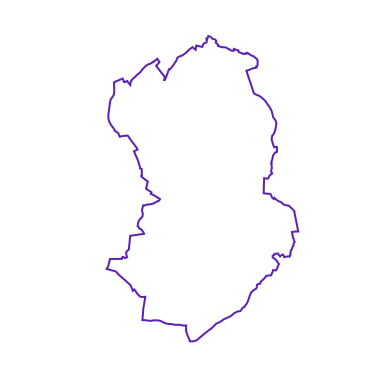 Sacueni, Bihor, Romania, rotated 250°
{"feature_id": "2599482B16582561953184", "entity_name": "Sacueni", "entity_type": "district", "adm_level": 2, "iso_a3": "ROU", "parent_name": "Romania", "parent_adm1": "Bihor", "projection": "natural_earth1", "projection_center": [22.114, 47.344], "detail": "fine", "context": "isolated", "style": "outline", "palette": "violet", "viewbox_px": 384, "rotation_deg": 250, "n_neighbors": 0, "source": "geoboundaries", "source_scale": "gbopen_adm2", "svg_char_len": 5994}
<svg xmlns="http://www.w3.org/2000/svg" viewBox="0 0 384 384"><g transform="rotate(250 192 192)"><path d="M287.0,295.4L287.9,295.2L288.1,295.2L288.1,295.5L288.3,296.2L288.6,296.8L288.9,297.0L291.5,298.1L293.5,298.6L294.5,298.6L297.2,297.0L298.9,295.9L299.7,294.7L301.5,293.3L303.2,292.1L303.5,290.1L304.0,290.5L304.1,288.4L304.0,287.6L304.2,287.2L305.4,286.3L307.3,283.9L307.7,283.7L309.0,284.1L312.1,280.3L310.4,279.5L311.5,277.2L312.2,276.5L312.9,276.5L313.7,275.3L315.2,274.1L316.2,273.4L317.9,269.6L319.7,267.2L320.3,266.3L320.6,266.3L321.4,266.6L321.5,266.8L322.3,266.5L323.6,265.8L324.3,265.4L324.5,265.4L325.4,266.4L325.9,266.4L327.2,266.0L327.7,265.6L328.0,265.1L328.7,264.0L329.0,263.7L330.8,262.8L332.0,261.9L332.7,261.0L333.0,260.6L330.4,258.6L331.1,258.0L330.5,257.8L329.6,257.6L328.5,257.4L327.9,257.1L327.7,256.7L327.5,255.9L327.6,254.4L327.5,253.8L327.1,253.1L324.8,251.3L328.1,246.2L324.4,244.0L328.0,242.0L326.3,236.7L326.0,236.6L324.5,232.9L324.3,231.9L323.9,230.1L323.7,230.0L323.6,229.7L323.6,228.3L323.7,226.8L323.3,224.5L323.2,224.1L322.5,223.8L321.0,222.4L319.6,220.6L319.2,219.8L318.1,218.6L315.4,214.3L314.8,213.1L315.3,212.5L315.2,212.3L313.1,210.6L309.4,207.4L306.5,204.7L306.8,204.1L309.2,205.7L309.5,205.8L316.6,203.4L322.9,201.5L324.1,204.1L325.3,205.9L329.1,204.9L328.6,203.7L327.3,200.1L327.7,200.0L326.8,196.8L326.9,195.0L326.7,193.3L326.0,191.0L324.3,187.6L322.2,184.4L320.7,180.0L319.6,178.0L319.2,176.4L318.6,175.2L317.5,173.1L316.4,172.1L313.7,170.6L317.3,169.3L318.4,169.2L318.3,166.8L318.6,166.7L318.6,165.7L322.3,165.7L322.0,159.2L321.8,156.3L315.0,154.0L311.4,152.6L310.5,152.0L309.7,151.4L307.0,147.6L306.1,146.7L304.0,145.5L301.2,144.0L294.3,140.4L293.0,139.8L290.1,138.6L286.0,138.3L284.4,138.6L283.2,138.7L277.1,140.5L275.7,140.4L274.8,141.2L272.6,142.8L268.5,143.1L268.5,143.5L268.5,144.6L268.2,146.5L268.0,147.4L267.2,149.8L267.1,150.9L259.8,152.8L257.4,153.6L256.6,153.8L252.6,155.1L251.3,155.3L250.5,155.3L250.1,151.4L239.9,152.0L232.6,151.6L232.0,151.2L230.7,152.6L224.9,150.6L225.0,150.1L223.8,149.7L216.9,154.0L210.8,149.9L205.6,153.8L204.4,152.6L202.0,155.1L196.3,159.5L195.2,158.2L195.1,156.4L194.9,155.5L194.5,152.8L194.4,151.3L194.4,150.5L194.9,148.0L195.6,144.9L195.7,144.3L195.5,142.9L195.8,142.2L196.2,141.6L192.2,138.9L191.2,138.6L188.9,138.4L187.2,137.8L186.3,137.3L185.6,136.7L184.8,135.1L184.3,133.8L183.5,132.6L182.4,131.6L181.2,130.7L178.4,129.2L177.3,129.9L176.9,130.1L175.5,130.1L175.3,130.2L175.1,130.5L174.8,131.3L171.1,132.5L169.6,132.6L169.1,132.6L170.7,125.1L172.0,118.9L159.7,113.1L158.2,109.8L157.7,109.5L154.3,108.6L153.9,108.7L153.4,108.9L153.1,108.8L152.7,107.9L152.9,106.2L154.0,105.6L154.7,104.9L154.7,104.6L154.6,104.3L154.4,104.1L154.0,103.7L153.1,103.3L155.4,96.9L156.4,94.0L156.8,92.2L157.0,92.0L152.2,88.7L149.9,87.0L149.3,85.7L148.8,85.4L148.1,86.7L147.3,87.8L146.3,89.0L144.6,91.7L143.8,92.8L142.3,93.8L141.1,94.1L138.9,95.1L135.9,96.8L130.9,99.5L125.4,102.4L119.3,102.7L120.2,104.4L120.2,104.5L115.4,105.7L113.7,106.4L112.0,107.1L111.2,107.9L110.4,109.0L109.5,112.3L99.3,106.5L88.6,101.6L87.7,103.8L86.4,106.3L85.7,107.6L84.9,109.7L84.4,112.8L83.2,115.4L82.2,117.6L80.6,119.4L79.1,120.6L77.4,122.5L76.1,124.8L74.8,127.7L72.9,130.8L72.2,132.8L71.6,134.6L71.0,136.0L70.4,136.6L69.9,137.3L68.5,140.9L67.3,140.2L64.0,139.2L64.0,138.9L58.5,138.7L56.8,138.9L54.0,139.1L52.5,138.8L52.0,140.2L51.2,141.9L51.3,143.2L51.0,144.5L51.2,146.2L52.8,150.3L54.7,155.5L56.7,161.7L57.0,163.0L58.0,165.6L60.1,169.8L60.1,171.7L60.2,173.1L60.9,176.5L61.4,177.5L62.1,185.8L63.7,190.3L64.1,193.4L63.6,196.8L65.9,200.2L66.0,200.7L65.9,201.4L67.7,204.3L68.7,205.6L70.4,207.3L75.5,211.4L77.5,213.4L77.6,213.6L79.0,217.3L79.2,218.9L79.4,219.4L81.0,220.9L81.3,221.0L82.3,221.1L82.7,221.6L82.9,222.2L82.9,222.8L82.4,224.3L82.4,224.7L82.6,224.9L84.1,225.6L85.0,228.0L86.6,231.5L86.9,231.9L87.7,232.7L87.8,233.1L87.5,233.4L87.5,234.2L87.5,235.4L87.1,235.9L86.8,237.0L86.7,237.8L88.2,239.2L90.1,241.1L90.8,241.4L89.6,244.2L90.4,245.1L94.6,249.0L97.8,248.2L99.2,247.8L100.6,247.1L103.0,245.4L104.5,246.0L104.8,247.6L105.3,247.8L105.2,248.2L105.2,248.4L105.4,249.3L105.4,249.7L105.2,250.0L105.1,250.8L105.1,251.0L104.8,251.5L104.7,251.8L103.3,252.0L102.8,252.2L101.3,252.7L101.5,253.1L101.9,253.9L102.2,255.9L101.1,256.3L100.3,256.5L99.4,256.3L98.6,260.5L98.5,261.2L98.3,261.4L97.9,261.6L99.6,263.3L100.2,263.4L100.6,263.5L100.8,263.4L101.1,263.7L102.1,264.1L102.4,264.3L102.9,264.9L104.4,266.5L105.4,267.2L105.6,267.5L106.8,268.4L106.9,268.6L106.9,269.0L107.1,269.2L107.6,269.3L107.8,269.3L108.4,269.8L108.9,269.9L109.9,271.4L110.7,271.3L115.8,271.5L120.2,272.2L119.6,275.4L118.5,278.3L125.4,279.4L132.1,280.4L138.6,281.4L138.8,281.7L142.9,279.9L144.5,279.0L145.9,278.5L146.2,277.9L148.0,274.8L149.0,274.0L149.3,273.5L150.0,273.1L151.1,272.8L152.5,271.7L153.7,270.2L156.9,268.0L158.3,267.5L158.1,267.2L157.5,266.4L158.9,265.7L159.3,265.5L159.7,265.4L160.2,265.3L162.5,265.2L162.9,265.1L163.2,264.9L163.4,264.6L163.8,264.0L165.4,260.6L166.3,258.9L180.3,264.5L178.8,267.4L178.6,268.2L179.8,269.3L180.7,270.3L181.0,270.9L181.3,271.4L181.6,272.8L182.1,273.8L183.7,273.2L185.6,274.1L187.1,275.1L188.3,275.5L190.1,275.9L190.9,276.2L191.6,276.7L191.9,276.3L192.4,276.4L195.5,278.8L198.3,280.4L199.0,281.1L199.4,281.9L199.8,282.5L200.3,283.0L200.7,283.6L200.5,284.9L200.5,285.3L200.8,285.6L201.8,286.0L203.0,286.3L203.3,286.5L205.5,287.1L205.9,284.6L206.4,284.6L206.6,284.4L207.9,284.4L208.7,284.5L213.1,284.7L214.3,284.9L215.4,285.4L216.9,286.3L217.5,286.7L217.8,287.2L218.2,288.2L219.7,289.8L221.1,290.9L223.4,292.4L226.9,294.4L228.6,294.9L229.6,295.0L231.7,294.8L233.8,294.0L234.2,293.9L240.2,294.5L241.6,294.5L243.9,294.2L245.5,293.9L246.6,293.5L250.1,292.6L252.3,292.1L253.0,291.7L254.8,291.0L256.1,290.2L257.8,289.2L259.8,287.7L261.5,285.6L262.5,284.9L263.3,284.0L266.9,284.0L280.6,284.4L286.8,284.6L287.4,284.6L287.2,287.5L287.4,290.1L287.3,292.7L286.9,294.1L286.9,295.2L287.0,295.4Z" fill="none" stroke="#5b21b6" stroke-width="2"/></g></svg>